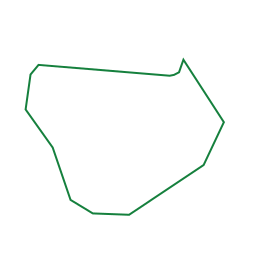 the district of Jenkins, Georgia, United States of America, rotated 255°
{"feature_id": "52423323B65299920660671", "entity_name": "Jenkins", "entity_type": "district", "adm_level": 2, "iso_a3": "USA", "parent_name": "United States of America", "parent_adm1": "Georgia", "projection": "natural_earth1", "projection_center": [-81.944, 32.78], "detail": "fine", "context": "isolated", "style": "outline", "palette": "green", "viewbox_px": 256, "rotation_deg": 255, "n_neighbors": 0, "source": "geoboundaries", "source_scale": "gbopen_adm2", "svg_char_len": 346}
<svg xmlns="http://www.w3.org/2000/svg" viewBox="0 0 256 256"><g transform="rotate(255 128 128)"><path d="M212.1,57.9L204.9,47.7L172.4,33.9L128.6,50.2L73.4,53.9L54.6,71.9L43.9,106.6L45.2,110.4L72.7,191.5L108.8,222.1L134.2,213.9L179.6,199.2L168.6,191.7L167.4,186.2L167.7,181.8L212.1,57.9Z" fill="none" stroke="#15803d" stroke-width="2"/></g></svg>